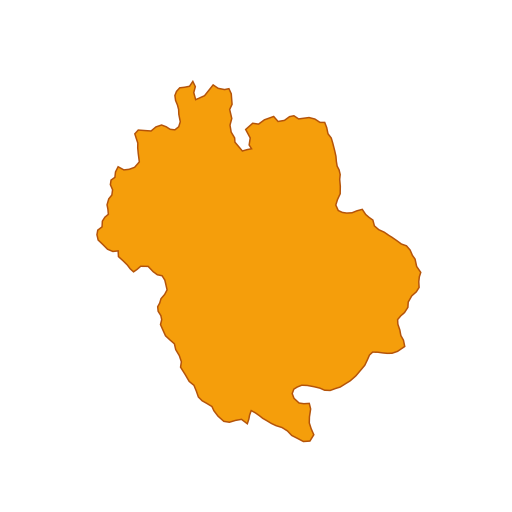 Bueno Brandão, Minas Gerais, Brazil (Albers equal-area conic projection), rotated 131°
{"feature_id": "56859067B48142710212555", "entity_name": "Bueno Brandão", "entity_type": "district", "adm_level": 2, "iso_a3": "BRA", "parent_name": "Brazil", "parent_adm1": "Minas Gerais", "projection": "albers", "projection_center": [-46.355, -22.488], "detail": "fine", "context": "isolated", "style": "filled", "palette": "amber", "viewbox_px": 512, "rotation_deg": 131, "n_neighbors": 0, "source": "geoboundaries", "source_scale": "gbopen_adm2", "svg_char_len": 2932}
<svg xmlns="http://www.w3.org/2000/svg" viewBox="0 0 512 512"><g transform="rotate(131 256 256)"><path d="M388.3,152.5L383.8,154.4L380.2,156.5L375.8,158.2L374.8,153.6L374.3,148.9L374.1,144.4L373.2,139.9L372.3,134.6L370.9,129.6L368.4,123.9L367.4,117.5L368.0,111.3L366.4,104.9L364.9,98.5L360.3,93.9L353.0,95.1L350.1,101.2L347.0,106.3L342.4,110.1L335.6,114.4L332.3,119.1L336.1,123.0L338.7,127.0L338.5,133.9L336.1,138.4L331.7,140.1L327.8,138.9L323.5,136.7L320.0,132.3L316.5,126.3L313.8,121.1L312.3,116.2L308.8,111.8L303.9,109.1L299.7,106.5L294.1,104.8L288.3,103.0L280.9,102.0L274.0,102.1L267.2,102.2L261.7,103.7L256.2,105.4L252.0,104.9L248.8,101.1L245.8,96.5L243.3,93.0L240.1,89.5L235.1,86.6L226.7,84.4L222.8,89.5L221.0,94.5L217.5,98.9L214.4,104.2L211.1,107.4L206.1,107.5L201.3,106.8L195.1,107.7L190.9,110.9L183.9,112.3L177.9,111.5L172.7,112.3L168.6,116.3L164.5,119.1L160.3,120.9L158.5,127.9L154.0,133.9L152.9,138.4L150.4,143.6L149.6,149.1L151.6,154.2L152.0,159.4L152.6,165.0L153.3,169.4L153.9,174.8L155.6,180.6L155.6,186.4L152.2,191.4L152.7,196.1L152.7,200.5L151.1,206.4L155.7,209.5L160.4,211.9L164.1,215.7L166.5,219.5L167.7,223.8L165.2,229.2L160.0,231.5L153.8,233.3L148.1,238.1L143.3,243.1L139.3,245.9L136.5,249.8L134.9,253.8L131.9,257.4L128.3,261.1L124.9,265.7L120.4,272.2L117.6,276.6L116.5,281.9L112.7,286.9L110.1,291.8L113.2,295.4L114.0,301.4L116.7,306.8L124.6,313.8L125.3,319.4L128.8,322.1L135.0,323.5L140.0,327.6L139.1,334.2L147.7,339.0L154.8,340.6L158.0,345.6L167.3,346.8L170.7,337.8L176.7,334.0L178.0,329.7L181.3,332.3L185.7,335.2L183.9,346.6L180.9,349.6L178.8,356.0L174.3,361.5L168.1,364.5L162.7,372.0L157.2,373.6L149.8,381.1L147.5,386.2L151.0,388.9L154.3,394.6L155.0,400.6L168.8,400.0L177.6,404.1L173.5,410.2L168.0,412.9L165.7,418.2L171.5,417.5L175.6,420.7L179.1,423.9L183.9,424.0L188.1,422.5L191.4,418.7L193.6,414.3L196.2,410.5L199.7,407.2L204.4,401.2L209.2,399.1L214.0,400.0L216.7,403.9L217.4,408.6L219.1,413.2L224.2,416.2L230.5,417.2L234.1,422.0L238.2,427.5L243.3,427.6L245.7,423.7L248.3,419.3L252.0,416.2L256.0,412.0L261.5,405.8L268.7,405.8L273.8,408.6L277.7,412.2L279.1,418.6L284.7,417.2L289.2,414.1L293.8,415.2L297.7,412.7L300.1,407.7L304.5,404.8L309.5,404.6L315.1,402.0L317.9,398.4L321.4,394.8L325.8,395.5L330.5,394.8L335.0,391.3L340.3,392.4L344.3,390.0L347.5,385.6L347.8,379.2L348.3,372.5L346.5,367.0L342.6,363.4L346.7,359.4L346.8,353.4L347.2,347.2L348.2,342.5L348.3,338.0L344.3,337.0L339.4,336.3L334.6,330.6L335.3,323.3L334.9,318.2L332.5,313.9L334.0,309.0L336.6,305.4L339.9,300.9L345.0,299.7L350.5,299.7L354.7,297.8L358.8,296.9L361.9,293.6L363.4,288.7L365.9,285.4L370.4,283.1L373.3,276.9L375.6,271.9L375.8,265.9L375.8,260.0L379.3,255.2L381.5,248.5L384.8,242.9L389.4,240.0L391.9,231.7L394.5,224.1L394.3,218.0L397.1,212.4L400.2,207.0L400.6,201.7L399.5,196.3L398.5,190.5L400.4,186.3L401.8,179.6L401.9,171.8L398.9,167.0L393.5,163.6L388.8,159.8L388.3,152.5Z" fill="#f59e0b" stroke="#b45309" stroke-width="1.5"/></g></svg>